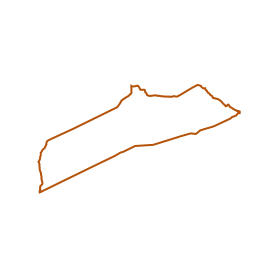 Santa Barbara, Heredia, Costa Rica (Mercator projection), rotated 244°
{"feature_id": "36466004B69757092766150", "entity_name": "Santa Barbara", "entity_type": "district", "adm_level": 2, "iso_a3": "CRI", "parent_name": "Costa Rica", "parent_adm1": "Heredia", "projection": "mercator", "projection_center": [-84.144, 10.082], "detail": "fine", "context": "isolated", "style": "outline", "palette": "amber", "viewbox_px": 256, "rotation_deg": 244, "n_neighbors": 0, "source": "geoboundaries", "source_scale": "gbopen_adm2", "svg_char_len": 5100}
<svg xmlns="http://www.w3.org/2000/svg" viewBox="0 0 256 256"><g transform="rotate(244 128 128)"><path d="M108.8,20.4L108.8,42.4L108.8,78.0L108.7,104.5L109.2,110.7L108.7,112.7L108.7,122.5L108.7,126.5L101.8,143.3L97.4,172.3L95.7,181.9L92.9,186.4L94.2,192.1L91.9,205.7L91.6,224.3L92.2,226.2L91.8,230.8L93.5,234.0L92.7,234.3L92.0,235.6L92.4,235.2L92.7,235.0L93.2,235.0L93.3,235.1L93.5,235.1L93.5,235.4L93.7,235.5L93.8,235.6L94.0,235.6L94.2,235.3L94.7,234.9L95.1,234.1L95.3,234.0L95.3,233.8L95.5,233.5L95.7,233.2L95.9,233.2L96.2,233.1L96.3,233.0L96.6,232.8L97.1,232.5L97.5,232.1L97.7,231.8L98.1,231.6L98.4,231.3L98.7,231.0L99.0,230.9L99.5,230.8L99.7,230.7L101.1,229.7L101.3,229.5L101.8,229.2L102.2,228.9L102.3,228.9L102.5,228.8L103.5,228.8L103.6,228.7L103.9,228.7L104.1,228.6L104.5,228.6L105.1,228.4L105.1,227.8L105.0,227.6L104.8,227.1L104.8,226.7L104.6,226.4L104.6,225.5L104.8,225.3L105.2,225.2L105.7,225.2L106.0,225.1L106.5,225.0L107.0,224.7L107.7,224.4L108.3,224.2L108.6,224.1L108.8,224.0L109.4,224.0L109.9,223.8L110.1,223.8L110.5,223.6L111.1,223.4L112.3,222.9L113.6,222.1L114.3,221.7L114.6,221.4L114.8,221.2L115.0,221.0L115.3,220.7L115.7,220.1L115.8,220.0L115.9,219.8L116.2,219.5L116.3,219.5L116.8,218.8L117.0,218.7L117.1,218.4L117.3,218.3L117.3,218.1L117.5,217.9L117.7,217.6L119.6,217.6L119.9,217.5L120.1,217.5L120.5,217.2L120.8,217.0L121.5,216.5L121.8,216.5L122.6,216.3L123.1,216.3L123.6,216.0L124.3,215.7L124.7,215.3L125.0,215.3L125.4,215.3L125.6,215.2L126.5,215.2L127.1,215.1L127.5,214.9L127.8,214.6L129.3,214.6L129.9,214.8L130.2,213.7L130.4,213.5L130.5,213.2L130.8,213.0L131.1,212.8L131.4,212.7L131.6,212.5L131.8,212.4L132.2,212.2L132.7,212.1L133.0,212.0L133.7,212.0L133.9,211.7L134.0,211.6L134.5,211.4L134.9,211.1L135.0,210.9L135.6,210.2L136.2,209.5L136.1,204.3L134.8,188.9L134.8,187.7L134.7,187.5L134.7,186.5L134.8,186.3L134.8,185.9L134.9,185.5L134.9,185.4L135.3,184.8L135.6,184.5L135.7,184.3L135.8,184.2L136.0,183.8L136.2,183.5L136.3,183.4L136.6,183.0L136.6,182.8L136.7,182.5L136.7,181.9L136.8,181.8L136.9,181.0L137.0,180.8L137.0,180.6L137.3,180.2L137.5,179.9L137.6,179.7L137.9,179.3L137.9,179.2L138.2,178.8L138.2,178.6L138.3,178.5L138.3,178.4L139.0,177.1L139.1,176.9L139.3,176.6L139.4,176.2L139.5,176.1L139.6,175.8L139.7,175.6L139.9,175.2L140.0,174.9L140.2,174.7L140.3,174.6L140.4,174.3L140.6,174.1L140.8,173.8L140.9,173.7L141.2,173.3L141.5,172.6L141.9,172.1L142.2,171.4L142.6,171.0L142.7,170.9L143.0,170.6L143.0,170.4L143.4,169.9L143.6,169.4L143.7,169.1L143.8,168.9L144.0,168.9L144.2,168.7L144.3,168.2L144.9,167.6L145.4,166.8L145.7,166.1L145.9,165.5L146.1,165.0L146.2,164.6L146.3,164.4L146.3,164.1L146.5,163.7L146.7,163.1L146.7,162.9L146.9,162.5L147.0,162.3L147.1,162.0L147.2,161.8L147.3,161.6L147.8,161.0L147.9,160.8L148.1,160.5L148.6,160.1L148.8,160.0L149.3,159.6L150.0,159.6L150.4,159.8L150.9,159.8L151.6,159.7L152.1,159.4L152.5,159.2L152.7,159.3L153.3,159.4L154.2,159.7L154.8,159.7L155.0,159.6L155.4,159.1L155.8,158.3L155.8,158.1L156.0,157.7L156.2,157.4L156.4,156.9L156.5,156.8L156.7,156.4L156.8,156.1L157.1,155.9L160.7,155.8L161.1,155.6L161.7,155.2L161.9,155.0L161.9,154.7L162.0,154.6L162.0,154.4L162.2,153.8L162.2,153.7L162.4,153.1L162.4,152.9L162.5,152.8L162.5,152.7L162.5,152.4L162.6,152.0L162.7,151.8L162.7,151.7L162.8,151.6L162.9,151.3L162.9,151.2L163.4,150.2L163.6,150.0L164.4,149.5L158.1,146.5L157.9,146.4L157.8,146.0L157.7,145.9L157.6,145.6L157.5,145.3L157.4,145.2L157.4,144.7L157.2,144.4L157.1,144.2L157.0,143.7L156.6,142.5L156.6,142.3L156.5,142.2L156.5,141.5L156.4,141.3L156.4,140.4L156.4,139.2L156.2,138.8L156.2,138.5L156.2,138.4L156.2,138.0L156.1,137.9L156.0,137.1L156.0,136.8L155.9,136.7L155.9,136.3L155.8,135.9L155.8,135.6L155.7,135.3L155.7,135.1L155.5,134.8L155.5,134.4L155.4,134.3L155.4,134.2L155.3,133.8L155.1,133.5L154.8,133.3L154.5,132.6L154.2,132.5L153.5,131.4L153.4,131.2L151.4,127.5L151.3,78.4L151.9,50.6L151.1,48.9L150.8,48.5L150.0,47.9L148.9,47.4L148.7,47.0L148.5,46.7L147.9,46.1L147.7,45.7L147.4,45.3L147.2,45.1L147.1,44.9L146.9,44.7L146.5,44.3L146.2,43.2L146.1,42.6L145.9,42.2L145.7,41.5L145.4,41.0L145.0,40.6L144.9,40.4L144.5,39.9L144.2,39.1L143.9,38.8L143.9,38.7L142.9,38.2L142.7,38.1L142.0,37.8L141.6,37.5L140.9,36.8L140.5,36.4L140.1,36.1L139.4,35.8L139.0,35.5L138.8,35.3L138.7,35.2L138.2,34.7L137.9,34.4L137.8,34.2L137.5,34.0L137.5,33.8L137.1,33.3L136.9,32.8L136.7,32.8L136.4,32.7L135.0,32.7L134.6,32.6L134.2,32.4L133.9,32.4L133.4,32.1L133.1,32.0L132.7,31.8L132.4,31.7L131.7,31.4L131.3,31.3L131.2,31.2L130.8,31.1L130.4,30.8L130.0,30.7L129.6,30.6L129.0,30.4L128.4,30.3L127.8,30.1L126.3,30.1L124.9,29.7L124.3,29.4L123.3,29.2L122.0,28.9L121.7,28.7L121.3,28.5L121.0,28.4L120.9,28.2L120.6,28.2L120.4,28.1L120.2,28.0L120.1,27.9L119.9,27.9L119.0,27.7L118.5,27.6L117.9,27.3L117.5,27.3L117.0,27.2L116.7,27.2L116.1,27.0L115.5,26.7L115.3,26.5L115.2,26.4L115.1,26.1L114.7,25.4L114.6,24.9L114.4,24.7L114.4,24.4L114.3,24.2L114.2,23.8L114.1,23.7L113.6,23.2L113.2,23.0L112.9,22.8L112.4,22.6L111.6,22.4L111.0,21.9L110.9,21.9L110.9,21.7L110.7,21.6L110.5,21.3L109.6,20.8L109.4,20.6L109.0,20.5L108.9,20.4L108.8,20.4Z" fill="none" stroke="#b45309" stroke-width="2"/></g></svg>